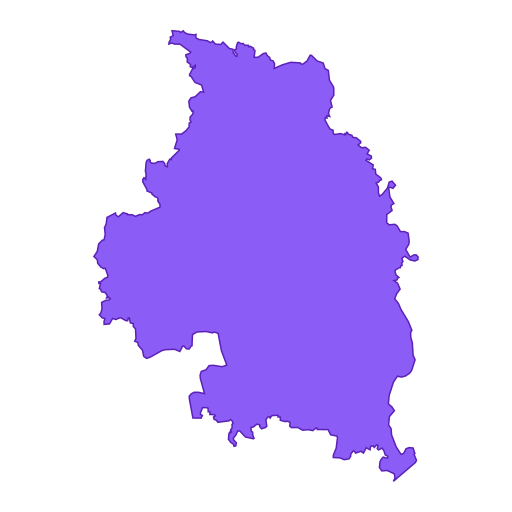 Maubin, Ayeyarwady, Myanmar
{"feature_id": "60261553B45059924625882", "entity_name": "Maubin", "entity_type": "district", "adm_level": 2, "iso_a3": "MMR", "parent_name": "Myanmar", "parent_adm1": "Ayeyarwady", "projection": "orthographic", "projection_center": [95.538, 16.957], "detail": "fine", "context": "isolated", "style": "filled", "palette": "violet", "viewbox_px": 512, "rotation_deg": 0, "n_neighbors": 0, "source": "geoboundaries", "source_scale": "gbopen_adm2", "svg_char_len": 6015}
<svg xmlns="http://www.w3.org/2000/svg" viewBox="0 0 512 512"><path d="M172.0,30.7L173.2,35.6L170.2,37.2L170.7,39.4L169.0,42.3L168.9,44.1L171.7,43.0L174.8,44.1L179.9,44.1L190.7,52.1L189.7,53.4L185.8,54.8L186.0,56.7L187.4,58.7L187.2,61.9L190.5,64.5L190.2,66.7L192.4,67.5L195.3,65.4L195.3,66.9L194.8,68.1L192.6,68.7L189.6,74.4L189.6,75.8L190.9,76.2L195.0,82.4L201.6,85.1L203.6,92.2L200.4,91.7L195.2,96.7L190.9,97.9L188.8,101.2L189.5,107.2L192.0,111.3L193.1,111.0L192.9,113.9L190.1,117.2L190.0,120.0L191.0,122.0L189.2,123.1L189.1,126.9L185.9,130.8L181.4,134.1L175.7,134.1L177.2,139.8L174.5,148.5L179.3,149.3L179.1,150.4L171.2,158.2L171.4,159.6L169.8,159.2L167.3,163.4L167.4,166.8L165.2,165.9L164.7,163.5L162.9,161.4L157.5,161.7L156.2,162.9L153.9,163.3L151.4,163.1L150.0,161.7L150.3,160.6L149.3,159.2L147.1,160.3L146.1,162.6L145.4,171.2L146.1,174.4L145.7,179.4L144.0,177.7L142.8,179.4L142.8,181.9L147.0,189.6L147.0,191.0L151.8,193.0L151.8,193.9L155.1,196.8L157.1,197.4L158.0,198.8L157.8,201.0L160.1,204.7L159.9,207.2L150.7,211.1L147.8,213.2L145.0,212.6L142.1,214.9L139.9,214.5L135.4,216.3L132.3,214.8L127.4,214.6L127.4,213.9L123.2,212.6L118.3,216.8L115.9,215.1L115.5,213.0L107.0,217.4L106.1,224.3L104.5,227.6L105.2,234.6L104.0,239.9L102.3,240.2L98.7,243.9L97.2,251.5L93.9,256.5L97.3,259.7L97.7,263.3L100.8,267.0L103.6,268.7L105.3,268.3L107.8,275.4L107.5,277.3L104.8,278.3L100.8,281.7L98.7,282.0L98.9,283.5L100.5,283.7L99.3,288.6L100.5,289.1L101.6,291.8L105.4,292.6L107.4,296.0L106.5,298.0L108.3,297.8L108.5,297.1L110.3,298.7L108.5,300.2L106.0,300.2L101.6,302.4L102.0,308.8L100.8,313.1L99.3,314.8L102.2,317.9L104.9,318.5L104.0,321.5L104.1,324.4L109.5,323.9L112.6,318.5L115.8,319.5L120.4,317.6L126.0,320.7L127.7,320.7L128.2,318.0L129.3,318.0L130.4,322.9L133.3,323.6L133.3,326.5L135.5,328.9L136.0,338.5L134.7,341.2L137.8,342.5L138.3,345.4L142.5,350.3L143.7,356.3L146.6,358.4L149.9,357.3L161.9,350.6L165.2,349.7L174.7,349.3L179.8,351.5L182.7,346.1L184.0,346.1L186.4,348.8L189.2,349.0L190.9,346.3L192.0,345.8L192.5,334.6L196.8,332.0L205.9,331.5L212.5,332.9L214.1,332.0L218.1,333.3L221.4,350.7L226.8,365.1L222.1,366.7L213.2,365.3L209.1,365.6L205.9,369.9L201.3,371.4L200.1,375.0L200.3,378.3L204.5,393.6L198.5,392.3L194.0,392.3L191.1,393.9L189.2,396.3L189.4,399.3L192.9,418.0L201.1,418.1L202.4,415.5L200.5,414.4L200.5,412.8L202.5,407.7L206.1,407.6L208.1,408.2L208.2,411.8L210.0,411.9L209.8,414.5L214.5,414.7L215.3,415.8L213.5,417.0L214.1,419.4L216.1,420.1L217.9,422.3L229.2,420.8L230.5,419.5L231.9,420.6L233.1,423.4L232.0,424.4L232.1,427.8L230.5,430.1L231.5,431.9L230.6,432.7L230.1,431.9L229.0,433.3L228.4,439.2L230.5,442.2L233.5,444.3L234.0,446.3L235.8,445.9L236.3,442.8L233.7,439.9L233.3,438.3L235.9,435.0L237.7,431.0L239.9,431.1L245.4,437.0L253.4,438.8L254.1,438.3L252.9,435.6L252.6,432.2L251.1,430.7L251.0,427.5L253.5,426.9L256.8,424.2L259.7,424.8L259.7,426.6L261.5,428.8L265.5,427.5L266.8,426.3L265.9,419.9L267.6,417.2L269.4,416.7L270.1,418.1L271.9,415.6L277.6,415.3L278.3,415.8L277.9,416.9L280.3,417.1L280.3,420.3L285.0,421.6L287.9,421.3L290.1,422.4L289.7,426.2L291.5,427.6L297.7,427.5L302.6,430.2L308.3,429.7L312.8,430.6L316.1,427.9L317.0,428.1L317.2,429.5L328.1,429.6L330.6,434.8L336.8,436.1L337.5,437.4L336.2,448.1L333.3,455.3L333.3,457.5L340.0,457.9L344.2,459.7L349.1,458.8L350.7,456.2L350.7,454.2L353.1,451.0L354.2,451.0L355.6,453.1L360.9,451.3L363.5,453.1L366.2,447.8L370.1,449.8L370.6,446.3L373.3,445.9L374.2,447.5L376.6,444.8L378.0,445.5L377.2,448.6L378.4,449.9L382.2,448.2L384.0,451.0L385.3,455.0L387.7,456.2L387.7,457.7L386.9,458.2L383.2,457.1L381.2,459.3L380.0,461.8L379.4,467.5L381.8,470.9L387.1,470.5L394.3,473.8L395.0,478.0L393.4,481.3L415.5,462.4L416.5,460.3L414.0,454.2L414.9,453.5L413.1,448.0L409.1,447.6L406.1,448.7L403.6,453.5L401.0,454.3L396.3,447.1L391.6,435.0L391.1,428.7L388.6,424.9L389.4,416.6L394.4,410.7L391.9,406.9L388.4,403.9L389.1,395.6L393.4,382.3L397.4,376.2L401.5,377.1L405.7,375.9L409.7,373.1L411.6,370.5L415.1,359.8L413.1,355.2L412.3,342.7L410.8,337.5L410.6,332.3L411.9,330.4L408.3,321.5L401.0,309.5L398.4,303.4L394.7,298.7L396.7,293.7L400.1,289.1L397.6,283.2L394.0,280.6L397.1,279.9L397.4,278.4L398.9,277.5L396.0,274.9L395.0,271.5L395.4,270.1L398.9,267.8L400.3,267.7L400.9,265.8L402.1,265.3L401.7,263.3L402.9,261.6L401.9,258.1L404.8,256.2L410.3,260.0L414.8,261.0L417.9,259.6L418.1,257.0L416.2,254.9L413.9,254.9L410.1,257.1L405.7,249.4L408.8,244.3L409.2,241.0L408.1,233.1L404.5,231.6L400.5,231.6L397.0,225.8L394.8,224.3L389.2,224.8L386.7,222.7L386.8,214.5L392.1,210.5L390.9,206.6L391.6,204.9L393.9,203.5L389.9,197.0L388.7,187.9L389.8,187.2L393.0,188.3L395.5,185.2L392.0,181.1L389.2,182.1L387.5,188.0L382.1,194.6L379.5,196.1L378.4,192.6L378.4,187.0L376.1,183.0L378.7,182.1L379.5,180.7L381.5,179.7L380.8,177.9L375.8,174.1L375.3,169.3L372.6,168.8L373.2,164.9L365.9,160.3L367.1,158.9L369.3,159.9L371.5,158.1L371.3,156.1L367.1,153.9L369.2,150.2L365.5,147.3L362.2,147.7L360.7,147.2L358.1,144.9L360.7,142.8L360.7,141.4L356.3,137.8L352.7,137.3L351.9,135.3L348.3,134.2L347.5,132.5L346.5,132.3L345.9,134.2L344.9,133.7L344.8,134.9L340.8,133.6L334.2,134.5L333.1,132.6L333.1,130.2L330.1,129.1L327.7,125.2L325.0,120.0L325.3,117.5L327.0,118.1L326.9,115.6L329.7,116.5L328.5,113.6L329.4,109.4L330.3,108.0L332.1,107.1L330.5,100.3L333.8,95.2L333.8,88.8L333.5,86.8L329.5,80.4L328.3,70.4L325.0,68.6L323.2,63.0L317.2,61.0L311.4,55.3L310.1,55.3L307.1,60.9L302.8,64.2L300.9,63.9L300.3,62.9L290.8,62.3L282.7,64.7L274.2,68.4L274.6,63.9L273.2,61.0L270.3,59.9L269.7,57.5L267.4,55.7L265.9,53.0L263.4,53.5L258.1,57.3L254.1,57.3L255.0,50.6L253.6,49.5L253.6,48.2L250.5,46.4L249.0,46.9L248.5,45.3L244.7,45.3L243.2,43.5L240.7,43.6L238.7,42.2L237.6,42.7L236.3,46.7L236.5,48.9L234.5,49.8L235.2,52.5L237.2,54.3L236.8,56.3L235.5,55.9L233.2,52.7L232.8,49.2L229.4,48.5L223.0,42.1L220.7,44.5L215.4,44.1L212.7,41.0L211.9,42.1L210.1,42.4L207.4,40.8L199.2,39.5L196.7,38.4L195.8,37.3L196.0,34.4L194.3,34.9L187.4,34.0L184.4,32.4L183.3,30.8L180.7,32.5L179.6,31.4L172.0,30.7Z" fill="#8b5cf6" stroke="#5b21b6" stroke-width="1.5"/></svg>